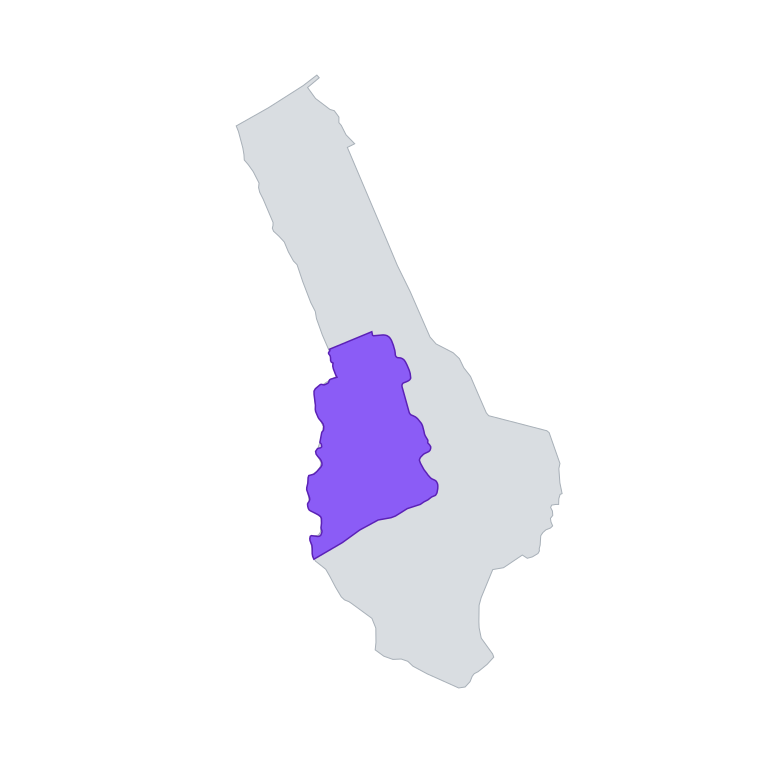 Borgou highlighted on a map of Benin, rotated 157°
{"feature_id": "BEN-2169", "entity_name": "Borgou", "entity_type": "Department", "adm_level": 1, "iso_a3": "BEN", "parent_name": "Benin", "parent_adm1": "", "projection": "natural_earth1", "projection_center": [2.675, 9.701], "detail": "fine", "context": "in_parent", "style": "filled", "palette": "violet", "viewbox_px": 768, "rotation_deg": 157, "n_neighbors": 0, "source": "natural_earth", "source_scale": "10m", "svg_char_len": 4639}
<svg xmlns="http://www.w3.org/2000/svg" viewBox="0 0 768 768"><g transform="rotate(157 384 384)"><path d="M325.1,694.6L324.0,691.2L338.5,686.8L335.5,673.6L326.5,657.9L323.0,655.0L321.2,647.3L323.4,642.2L322.3,638.7L321.6,628.2L317.1,616.6L325.3,616.1L325.3,578.6L325.3,542.7L325.3,512.0L325.4,487.8L323.8,458.8L323.6,437.4L323.3,409.3L320.4,400.5L308.1,385.7L304.7,377.9L304.2,367.7L301.4,357.2L301.3,338.8L301.1,317.4L300.0,313.9L286.7,303.7L267.8,289.2L253.5,278.2L252.4,277.4L251.0,274.7L253.1,242.1L256.1,237.8L260.7,224.4L262.9,213.5L265.0,213.6L267.9,210.1L270.3,204.9L272.8,206.0L277.0,207.0L278.9,205.2L278.6,201.2L280.0,197.1L283.3,195.3L284.2,191.7L284.2,187.5L287.0,186.4L291.9,186.5L295.8,185.2L299.0,183.1L303.2,174.7L305.5,171.7L306.2,169.6L308.5,167.8L315.0,166.9L320.2,167.6L323.5,172.5L345.8,168.2L356.4,170.7L378.0,149.4L382.9,143.2L389.5,128.2L391.7,122.4L393.8,112.1L389.5,93.1L389.7,89.7L398.7,85.6L409.8,82.4L414.1,82.1L417.0,80.5L421.1,76.4L427.7,73.4L431.6,74.4L434.0,75.0L457.4,100.2L467.6,112.9L470.4,119.4L475.6,124.1L483.4,127.0L490.5,133.5L496.0,142.7L492.4,149.2L486.9,162.5L486.7,173.0L499.8,195.0L501.3,197.3L504.7,200.7L506.5,204.8L508.0,215.7L509.0,227.9L510.0,236.2L516.3,247.8L516.8,252.4L512.4,269.7L511.4,271.5L510.2,272.0L503.4,270.5L500.5,272.4L496.8,278.3L494.6,284.2L494.5,286.6L500.5,297.5L496.7,313.2L492.8,323.0L485.9,328.5L479.6,329.9L475.3,332.5L472.7,335.9L473.1,347.2L463.9,357.4L458.8,364.5L456.4,368.9L457.4,382.1L454.2,395.4L448.5,405.9L435.8,408.2L425.1,409.5L421.5,436.3L421.6,453.3L420.6,470.6L418.9,477.6L419.6,487.6L418.8,510.1L417.4,527.8L419.3,532.6L420.4,543.0L420.3,553.7L423.0,561.2L426.0,567.8L425.9,571.1L424.3,573.2L423.0,576.0L423.0,601.4L423.5,609.0L422.7,613.8L420.5,617.8L421.4,630.6L423.2,638.8L425.1,644.8L423.3,649.8L421.7,656.5L419.3,673.4L419.2,679.3L382.7,683.4L342.0,690.2L325.1,694.6Z" fill="#d9dde1" stroke="#a8b0b8" stroke-width="1"/><path d="M517.0,250.1L517.0,253.2L516.4,255.9L514.2,260.9L513.4,263.6L513.3,268.8L512.7,270.7L511.4,272.6L510.1,272.8L504.5,269.5L502.7,269.1L501.0,269.7L499.3,271.6L498.7,272.6L498.5,273.2L498.4,275.2L498.1,276.4L495.9,280.3L494.1,284.8L494.2,286.7L495.4,289.0L501.3,296.0L502.1,297.3L502.3,298.9L502.1,300.7L502.0,301.2L501.3,303.4L500.2,304.4L498.9,305.1L497.6,306.5L497.0,308.2L496.5,316.8L495.6,318.8L492.8,322.6L490.5,327.4L489.0,329.1L483.8,328.4L480.4,329.5L474.2,332.4L472.8,333.6L472.0,335.6L471.8,337.9L472.1,339.9L473.2,343.0L473.9,346.0L473.3,348.7L470.5,350.5L468.9,350.4L467.3,350.0L465.9,350.5L465.2,353.0L465.3,353.7L465.8,355.0L465.7,355.5L460.4,363.5L459.8,364.1L458.4,364.7L457.7,365.2L456.1,368.3L455.7,371.1L456.3,373.9L457.4,377.1L457.7,378.8L457.7,385.3L457.2,387.4L455.4,391.3L452.5,401.6L451.2,404.8L449.0,406.5L443.1,408.3L442.1,408.3L441.2,407.8L440.4,407.1L439.5,406.6L438.5,406.5L435.9,406.6L434.9,406.8L434.0,407.5L433.3,408.4L432.4,409.1L431.3,409.3L424.6,408.6L424.9,411.3L424.7,417.7L424.2,420.4L423.9,421.1L423.0,422.7L422.7,423.0L422.9,423.8L423.3,424.0L423.7,424.2L424.0,424.9L424.0,426.4L422.9,429.3L422.6,430.8L422.7,431.7L423.1,433.3L423.0,434.2L422.6,434.7L421.1,435.5L420.6,436.2L420.6,437.3L374.8,436.9L375.5,433.3L375.0,432.7L374.8,432.5L374.2,432.3L365.6,429.5L363.8,428.5L363.0,427.9L362.3,427.3L361.8,426.5L361.2,425.7L360.9,425.0L360.6,424.2L360.2,422.1L360.1,420.5L360.3,415.5L360.5,414.4L360.9,410.9L361.5,408.5L362.2,406.4L362.3,405.8L362.3,405.2L362.2,404.5L361.8,403.7L361.6,403.3L361.3,403.0L358.7,401.6L358.1,401.1L357.7,400.7L357.1,400.0L356.6,399.2L356.2,398.4L356.0,397.9L355.6,395.7L355.4,392.5L355.4,386.8L355.8,383.4L357.1,379.0L357.9,378.3L358.6,377.9L359.0,377.7L360.4,377.4L362.4,377.3L365.7,377.4L366.2,377.3L366.6,377.1L367.0,376.9L367.3,376.6L367.8,376.0L368.2,375.4L368.5,374.1L371.9,348.2L371.9,346.8L371.2,345.0L369.7,343.5L367.9,341.4L366.8,339.3L366.6,338.8L365.0,333.2L364.9,331.9L364.9,330.2L365.7,324.9L366.3,322.0L366.3,320.1L365.6,315.1L366.3,313.6L366.5,313.4L366.6,313.0L366.7,312.5L365.9,310.5L365.6,308.6L365.5,308.2L365.7,307.6L366.0,306.8L366.7,305.9L367.1,305.4L367.6,305.0L368.4,304.6L369.3,304.3L374.0,304.1L375.4,303.8L378.8,302.4L379.6,301.8L380.3,301.2L380.9,300.5L381.2,300.0L381.3,298.8L381.4,296.8L380.7,289.6L379.5,285.0L379.2,283.4L377.9,279.5L377.5,278.8L377.0,278.0L374.8,275.6L374.3,274.8L373.9,274.0L373.9,273.7L373.8,273.2L373.7,271.7L373.9,270.2L374.5,268.6L375.5,266.5L377.7,263.2L378.0,263.0L378.2,262.7L380.1,261.4L384.3,261.4L388.8,260.2L393.2,259.9L397.6,259.0L411.2,260.2L425.1,258.0L429.8,258.2L442.5,261.1L463.3,259.1L484.2,254.3L517.0,250.1L517.0,250.1Z" fill="#8b5cf6" stroke="#5b21b6" stroke-width="1.5"/></g></svg>